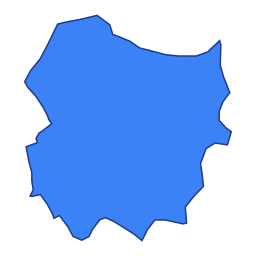 the district of Taegwan, P'yŏngan-bukto, North Korea
{"feature_id": "82179303B79358107253704", "entity_name": "Taegwan", "entity_type": "district", "adm_level": 2, "iso_a3": "PRK", "parent_name": "North Korea", "parent_adm1": "P'yŏngan-bukto", "projection": "natural_earth1", "projection_center": [125.481, 39.935], "detail": "fine", "context": "isolated", "style": "filled", "palette": "blue", "viewbox_px": 256, "rotation_deg": 0, "n_neighbors": 0, "source": "geoboundaries", "source_scale": "gbopen_adm2", "svg_char_len": 982}
<svg xmlns="http://www.w3.org/2000/svg" viewBox="0 0 256 256"><path d="M54.0,218.3L59.4,215.5L68.0,226.9L73.0,236.4L81.8,240.2L89.0,236.5L92.7,229.0L100.0,219.6L105.4,217.7L114.1,221.6L126.4,229.2L135.1,234.9L142.0,240.6L147.6,229.3L154.9,220.0L165.5,220.0L174.4,222.0L183.2,223.9L186.6,223.0L185.3,207.0L194.4,195.7L203.5,186.3L202.0,173.1L200.5,163.6L206.1,148.6L215.1,143.0L227.4,144.9L231.3,131.7L226.0,127.9L219.1,120.3L219.3,110.9L223.1,101.5L228.6,94.0L229.8,92.7L223.6,76.9L220.3,65.6L220.8,44.8L219.6,40.6L207.7,51.9L196.4,56.0L177.9,56.0L165.2,54.6L139.6,47.9L129.7,41.1L112.7,34.3L109.8,24.8L97.1,15.4L80.1,19.4L65.9,22.1L57.6,24.1L56.0,27.5L47.4,45.1L40.3,58.7L30.4,70.9L24.7,81.7L27.6,87.1L36.1,96.6L43.2,107.4L47.4,115.5L48.8,119.6L51.7,123.7L43.1,130.4L38.9,133.2L36.0,138.6L37.5,142.6L26.1,146.7L28.9,161.6L31.8,172.4L31.8,180.6L33.2,190.0L30.1,196.0L31.5,196.4L40.4,194.6L47.2,204.1L52.3,213.6L54.0,218.3Z" fill="#3b82f6" stroke="#1e3a8a" stroke-width="1.5"/></svg>